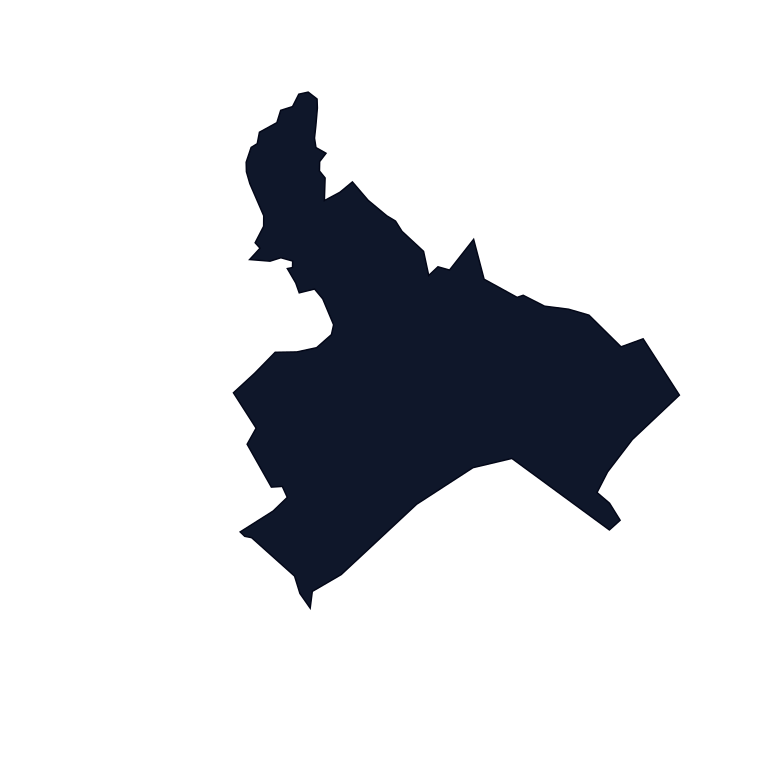 outline of Gijduvan, Bukhoro, Uzbekistan, rotated 134°
{"feature_id": "79887680B42366565573671", "entity_name": "Gijduvan", "entity_type": "district", "adm_level": 2, "iso_a3": "UZB", "parent_name": "Uzbekistan", "parent_adm1": "Bukhoro", "projection": "equal_earth", "projection_center": [64.807, 40.434], "detail": "fine", "context": "isolated", "style": "filled", "palette": "ink", "viewbox_px": 768, "rotation_deg": 134, "n_neighbors": 0, "source": "geoboundaries", "source_scale": "gbopen_adm2", "svg_char_len": 1203}
<svg xmlns="http://www.w3.org/2000/svg" viewBox="0 0 768 768"><g transform="rotate(134 384 384)"><path d="M596.5,281.4L583.0,291.5L550.8,282.4L447.8,277.0L382.4,261.9L348.7,240.3L332.4,120.5L318.0,119.5L313.1,138.9L314.1,155.4L291.9,162.1L251.4,166.8L186.8,163.8L171.5,229.0L192.6,239.3L192.1,284.4L202.0,303.2L216.5,322.6L223.5,345.5L229.2,348.4L239.1,384.8L217.7,420.0L256.5,416.0L262.2,426.6L274.9,427.2L261.1,447.7L261.7,477.1L258.8,488.9L261.1,498.9L262.9,523.0L260.6,547.1L276.7,548.9L293.5,554.3L276.7,569.5L275.6,578.4L268.7,584.8L258.3,586.0L261.2,597.2L255.4,604.8L245.6,612.4L231.8,623.6L225.5,630.1L226.7,641.3L234.7,646.6L248.0,642.5L258.9,648.4L270.4,642.6L289.4,648.5L299.2,642.1L306.1,643.9L320.2,637.2L326.9,630.4L333.1,619.6L346.5,587.4L354.2,580.1L371.9,574.8L372.4,567.5L387.8,567.1L374.8,551.3L364.8,545.9L359.0,535.1L363.8,530.7L368.1,533.7L372.6,517.7L377.3,508.3L363.9,499.9L365.3,487.2L376.4,461.4L385.0,456.1L404.7,457.7L421.5,469.0L436.8,484.3L466.3,484.5L494.9,486.2L504.6,445.3L522.4,440.6L536.4,393.4L528.3,386.0L532.7,374.8L552.4,375.5L590.3,384.7L590.3,378.4L586.5,372.5L584.3,314.9L593.1,298.9L596.5,281.4Z" fill="#0f172a" stroke="#020617" stroke-width="1.5"/></g></svg>